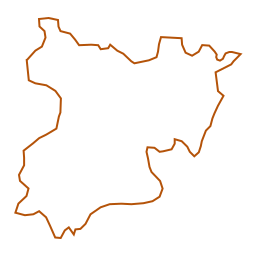 outline of Chuncheon-si, Gangwon, South Korea
{"feature_id": "91817680B67839742247787", "entity_name": "Chuncheon-si", "entity_type": "district", "adm_level": 2, "iso_a3": "KOR", "parent_name": "South Korea", "parent_adm1": "Gangwon", "projection": "albers", "projection_center": [127.767, 37.873], "detail": "fine", "context": "isolated", "style": "outline", "palette": "amber", "viewbox_px": 256, "rotation_deg": 0, "n_neighbors": 0, "source": "geoboundaries", "source_scale": "gbopen_adm2", "svg_char_len": 1468}
<svg xmlns="http://www.w3.org/2000/svg" viewBox="0 0 256 256"><path d="M240.6,54.1L232.0,52.0L229.3,52.0L225.6,53.4L224.1,56.1L222.9,58.8L220.0,60.6L217.2,59.6L216.2,57.1L216.7,54.6L214.7,51.6L209.2,45.6L202.2,45.1L198.7,51.7L192.1,55.7L185.6,52.7L182.1,44.7L181.6,38.2L161.0,37.1L159.0,44.2L158.0,51.7L156.5,57.2L148.9,60.3L134.4,63.3L131.3,61.3L123.3,53.7L117.3,50.7L110.2,44.7L108.2,48.2L100.7,49.2L98.2,45.2L91.2,44.7L79.1,45.2L75.1,39.6L70.1,33.6L60.5,31.1L58.5,26.6L58.0,20.0L48.5,18.0L39.0,19.0L39.5,26.5L44.5,31.1L45.5,37.6L41.9,46.6L35.4,50.6L27.3,59.6L26.7,59.9L28.8,80.3L35.3,83.3L46.4,85.3L55.4,90.9L60.9,98.4L60.4,112.5L58.9,116.5L56.4,128.6L46.3,134.6L39.2,138.1L33.2,143.2L23.6,150.7L24.1,157.7L24.1,165.3L19.0,174.9L20.0,180.9L28.5,188.5L26.5,196.0L18.4,203.6L15.4,212.7L24.9,215.2L33.1,214.3L33.5,214.2L39.1,211.2L46.1,217.3L50.1,225.9L55.2,237.5L60.7,238.0L64.8,230.4L68.8,227.4L73.8,234.5L75.4,229.4L80.4,228.9L85.5,223.9L90.5,214.3L100.6,207.3L109.7,204.2L121.3,203.7L131.4,204.2L143.5,203.2L152.5,201.2L159.6,196.7L162.6,188.6L160.1,181.0L151.5,172.0L149.5,166.9L148.0,158.4L146.5,151.8L147.5,147.3L154.5,147.8L159.6,151.8L163.1,151.3L171.6,149.3L174.7,143.7L174.7,139.2L181.7,141.2L187.3,146.7L189.8,151.8L194.3,156.3L198.8,152.3L200.8,146.2L201.8,141.2L205.9,130.6L210.4,126.1L212.4,118.5L214.4,113.5L217.9,105.9L223.5,95.8L218.0,91.1L215.6,72.3L231.2,64.4L233.6,61.2L236.7,58.1L240.6,54.1Z" fill="none" stroke="#b45309" stroke-width="2"/></svg>